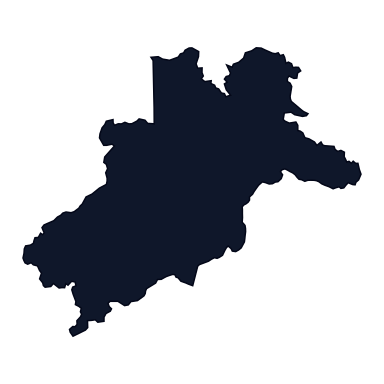 the district of Jaguari, Rio Grande do Sul, Brazil
{"feature_id": "56859067B1687281772435", "entity_name": "Jaguari", "entity_type": "district", "adm_level": 2, "iso_a3": "BRA", "parent_name": "Brazil", "parent_adm1": "Rio Grande do Sul", "projection": "natural_earth1", "projection_center": [-54.631, -29.469], "detail": "fine", "context": "isolated", "style": "filled", "palette": "ink", "viewbox_px": 384, "rotation_deg": 0, "n_neighbors": 0, "source": "geoboundaries", "source_scale": "gbopen_adm2", "svg_char_len": 3862}
<svg xmlns="http://www.w3.org/2000/svg" viewBox="0 0 384 384"><path d="M291.5,63.7L288.3,62.1L286.0,63.4L284.6,57.3L283.3,54.7L280.1,55.6L278.2,52.8L275.3,53.7L272.4,53.2L264.9,49.9L261.2,48.1L256.2,47.8L251.7,50.8L245.4,52.8L243.6,58.1L238.7,62.3L233.4,64.2L232.2,67.2L226.7,65.0L230.5,73.0L229.4,75.7L226.2,76.5L224.4,79.1L227.1,82.2L224.4,83.9L226.3,89.8L230.6,95.2L225.8,96.7L224.4,93.6L221.4,93.0L218.6,88.9L215.7,87.9L214.6,85.2L210.9,83.5L211.2,80.7L204.8,81.6L201.3,78.8L203.3,76.0L202.0,72.6L202.1,67.9L197.7,68.2L196.1,63.8L198.5,56.6L198.7,51.6L192.0,47.9L189.1,48.0L185.1,50.2L183.6,52.9L180.4,53.9L178.2,57.1L169.5,60.3L166.8,59.8L162.6,59.1L158.2,56.7L151.0,57.3L153.1,60.5L154.1,107.7L154.2,123.8L147.7,123.4L145.0,120.2L139.1,118.9L136.9,121.1L131.9,123.7L128.9,123.9L124.9,122.3L121.5,123.9L118.2,123.8L114.5,125.3L113.1,122.8L113.0,119.6L106.3,121.2L104.8,124.6L102.1,127.8L100.0,133.8L99.5,137.9L103.7,145.3L106.7,145.3L112.1,144.2L114.4,146.0L104.7,157.0L103.8,162.4L106.3,164.3L107.6,168.7L105.7,172.8L107.1,178.1L107.1,181.0L106.4,184.4L99.4,188.1L92.0,194.1L86.1,196.9L82.2,204.1L80.2,205.9L78.8,208.2L74.1,211.7L71.1,212.7L66.0,212.0L62.8,213.1L60.7,215.3L57.5,217.0L53.8,220.7L44.1,224.9L42.0,227.6L43.1,230.4L44.2,232.8L42.7,234.7L40.6,233.2L38.3,237.4L35.0,237.7L34.0,240.7L33.4,243.3L30.4,245.1L25.6,245.9L24.3,248.9L24.0,253.3L23.0,258.0L23.9,260.5L25.1,262.9L27.7,264.2L31.2,262.7L33.3,264.8L37.5,265.9L39.6,270.6L41.5,273.1L39.6,278.9L42.7,282.8L43.4,285.6L45.1,287.2L50.8,286.5L53.4,283.5L56.2,285.7L59.1,288.0L62.0,287.6L64.6,287.7L65.8,283.6L68.0,285.2L71.6,281.3L75.1,282.0L76.0,285.8L72.7,287.1L71.8,289.8L73.2,294.4L75.9,301.5L75.4,304.6L78.9,306.4L81.3,308.3L80.4,311.8L81.6,314.2L80.5,316.8L76.9,320.7L77.1,324.4L75.1,326.7L72.8,326.5L69.5,329.4L70.2,332.2L73.0,336.2L85.4,330.1L87.7,327.6L87.5,320.6L91.3,320.4L95.3,319.8L97.8,322.2L104.0,321.3L104.0,317.2L106.0,313.5L110.3,311.2L111.5,308.8L109.2,306.6L108.0,303.3L110.1,301.3L117.9,301.3L124.6,305.6L128.3,304.9L130.9,301.6L137.5,300.6L144.0,295.8L145.2,293.6L145.6,290.8L146.6,288.6L155.6,283.1L157.5,279.5L161.3,279.3L164.3,277.6L166.4,276.5L169.5,275.4L172.7,274.4L174.9,274.7L176.0,277.1L178.1,277.8L180.9,281.2L185.7,282.9L188.4,284.1L192.7,285.7L197.7,266.2L199.4,264.6L208.5,261.2L211.5,259.2L214.4,257.7L217.1,258.3L219.2,257.4L222.5,255.3L224.9,250.3L226.4,247.7L228.1,246.0L231.1,248.6L232.3,251.1L235.7,251.6L238.6,250.0L241.2,247.9L244.4,241.9L244.8,238.7L245.1,235.6L245.6,231.7L245.5,228.4L245.0,225.4L242.2,222.2L242.5,217.7L242.4,213.6L242.4,209.5L242.2,206.8L243.9,204.9L246.2,203.7L248.2,202.1L249.5,200.1L249.5,196.9L252.5,194.3L254.1,191.5L256.4,188.2L258.6,185.2L260.4,183.6L262.4,181.9L265.4,182.6L269.2,184.0L272.5,183.7L275.2,182.1L278.0,181.7L281.2,178.7L282.6,174.8L280.4,171.8L282.1,169.7L285.0,168.9L287.5,170.1L289.9,171.5L292.6,172.8L295.1,174.7L297.1,177.3L299.0,179.3L301.6,179.7L304.8,181.3L307.8,180.3L310.8,180.2L314.2,180.3L316.5,180.7L318.9,181.7L321.7,183.8L324.8,185.2L329.0,186.7L331.0,187.7L333.1,188.8L335.7,187.8L339.2,186.8L340.9,188.4L343.8,187.9L345.9,185.2L348.2,182.7L350.5,183.7L352.8,184.6L355.1,184.8L355.9,182.3L358.6,179.9L361.0,174.2L359.3,169.4L357.9,163.3L355.7,163.4L353.2,161.2L351.3,163.3L349.0,161.3L346.7,162.0L345.5,159.2L344.2,156.7L344.4,152.2L340.9,150.4L337.8,151.4L335.1,149.5L334.0,146.4L324.6,145.7L322.6,144.9L321.0,142.0L316.9,145.4L314.5,142.0L308.9,138.8L304.9,137.7L302.8,132.9L300.2,131.1L297.8,130.5L297.8,125.3L295.9,122.0L289.3,123.1L285.1,121.2L283.2,119.5L284.3,113.0L291.1,112.2L294.7,114.7L302.6,116.4L306.4,115.7L308.0,113.7L303.6,111.6L301.6,110.1L291.3,101.4L290.4,99.0L290.1,96.4L291.7,86.5L290.1,83.2L287.4,81.5L287.4,78.4L288.9,76.0L293.9,78.4L296.8,78.1L297.6,73.0L300.7,70.9L298.5,67.4L295.8,67.2L292.9,67.6L291.5,63.7Z" fill="#0f172a" stroke="#020617" stroke-width="1.5"/></svg>